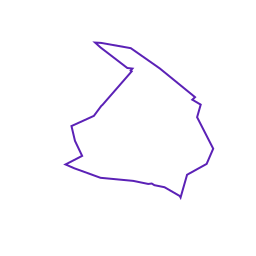 the district of Mary, Mary, Turkmenistan, rotated 321°
{"feature_id": "10190150B47066979897930", "entity_name": "Mary", "entity_type": "district", "adm_level": 2, "iso_a3": "TKM", "parent_name": "Turkmenistan", "parent_adm1": "Mary", "projection": "equal_earth", "projection_center": [61.762, 37.519], "detail": "fine", "context": "isolated", "style": "outline", "palette": "violet", "viewbox_px": 256, "rotation_deg": 321, "n_neighbors": 0, "source": "geoboundaries", "source_scale": "gbopen_adm2", "svg_char_len": 542}
<svg xmlns="http://www.w3.org/2000/svg" viewBox="0 0 256 256"><g transform="rotate(321 128 128)"><path d="M166.2,85.1L166.5,86.3L122.5,94.0L121.2,94.0L109.1,97.1L85.3,90.9L78.7,104.6L74.8,120.8L56.5,117.0L60.9,125.5L75.3,149.4L98.8,172.4L108.5,184.2L111.5,186.1L112.5,189.0L119.1,197.0L125.4,213.4L125.1,215.1L144.5,201.5L166.5,205.4L181.2,197.7L188.5,163.1L199.2,155.6L195.8,146.5L199.5,146.2L190.2,101.8L180.4,67.7L160.6,44.9L156.2,40.9L157.3,48.0L165.2,80.9L168.8,84.6L166.2,85.1Z" fill="none" stroke="#5b21b6" stroke-width="2"/></g></svg>